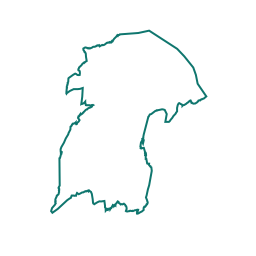 the district of Kongsvinger nor, Hedmark, Norway, rotated 283°
{"feature_id": "86288312B35132489533254", "entity_name": "Kongsvinger nor", "entity_type": "district", "adm_level": 2, "iso_a3": "NOR", "parent_name": "Norway", "parent_adm1": "Hedmark", "projection": "equal_earth", "projection_center": [12.12, 60.19], "detail": "fine", "context": "isolated", "style": "outline", "palette": "teal", "viewbox_px": 256, "rotation_deg": 283, "n_neighbors": 0, "source": "geoboundaries", "source_scale": "gbopen_adm2", "svg_char_len": 5607}
<svg xmlns="http://www.w3.org/2000/svg" viewBox="0 0 256 256"><g transform="rotate(283 128 128)"><path d="M176.4,197.2L186.8,185.9L195.0,182.2L201.6,178.0L210.5,166.7L216.2,158.1L227.6,126.7L222.9,116.7L217.4,99.0L217.0,98.9L216.6,98.4L216.5,97.8L215.4,97.4L215.6,97.1L216.1,96.8L215.8,96.5L214.5,96.1L211.8,94.4L210.6,94.0L210.1,93.6L209.6,93.6L209.7,93.3L209.5,92.9L209.0,92.9L208.8,92.7L208.0,92.9L207.5,92.5L207.4,92.2L207.8,91.8L207.4,91.5L207.1,91.0L207.5,90.6L207.0,90.0L206.8,89.3L206.5,89.2L206.3,88.3L203.8,86.3L203.0,84.9L203.2,84.4L203.1,84.1L202.5,83.5L202.1,82.9L201.1,82.0L201.3,81.7L202.1,81.2L201.8,80.9L201.9,80.2L201.4,79.2L200.7,79.0L200.4,78.1L199.8,77.6L199.5,76.8L199.5,76.4L199.2,75.7L198.0,74.6L197.5,73.7L197.2,73.5L196.8,72.5L196.9,72.1L197.1,71.9L196.6,71.4L196.8,70.8L196.6,70.5L196.9,69.9L196.8,69.3L197.0,68.8L196.8,68.1L195.4,66.6L194.0,67.0L193.3,67.9L192.5,68.3L192.1,68.7L192.2,69.2L191.0,70.1L187.8,71.1L184.0,72.7L183.8,72.5L183.8,72.3L181.6,70.7L181.9,70.4L180.2,69.1L178.6,68.5L178.0,68.1L177.9,67.9L177.1,67.5L176.0,66.7L175.1,66.7L174.3,66.4L173.4,66.5L173.0,66.8L172.9,67.6L172.5,68.2L170.6,68.8L168.8,69.0L168.5,68.3L168.3,66.8L169.0,65.2L169.1,64.3L167.6,62.7L163.3,58.9L162.7,58.8L159.5,59.4L158.5,59.0L157.8,59.4L156.8,59.3L156.7,59.1L155.7,59.3L155.0,59.0L153.3,59.3L153.3,59.5L151.0,59.6L150.6,59.8L149.7,59.8L147.7,60.2L147.6,60.3L148.0,60.4L151.0,63.0L153.7,66.4L154.5,70.1L155.3,72.4L156.8,74.9L148.1,76.4L140.8,77.1L141.4,77.8L141.2,78.0L141.4,78.4L142.1,79.0L142.2,79.4L144.1,80.4L142.2,80.9L142.0,81.3L140.8,81.8L140.9,83.1L141.3,83.8L141.3,84.6L141.5,85.0L141.3,85.3L141.6,86.4L141.5,86.6L141.7,86.8L141.7,87.2L142.1,87.4L142.1,87.7L142.6,88.6L142.5,88.9L141.9,88.2L140.7,88.0L139.9,87.2L139.0,86.0L138.8,85.4L137.6,84.2L137.0,84.1L136.7,83.4L136.1,82.7L134.2,81.7L133.7,81.2L133.0,81.1L132.4,80.4L131.9,80.4L131.5,80.1L130.8,79.1L130.2,78.9L130.2,78.7L130.8,78.4L129.1,77.7L128.7,77.9L128.2,77.7L128.1,77.1L126.6,77.0L124.8,79.0L123.2,78.5L121.7,77.4L120.3,77.2L120.2,77.0L120.0,76.7L121.0,75.5L121.3,75.5L120.7,75.1L120.6,74.7L120.0,74.2L120.0,73.8L119.7,73.5L119.7,73.1L118.6,72.8L118.4,72.6L117.7,72.6L117.0,72.3L116.8,72.0L116.4,71.7L113.5,72.2L109.6,71.2L108.4,71.2L103.8,69.7L99.3,68.9L94.5,67.4L93.0,67.2L92.2,67.1L90.2,67.6L89.7,68.9L88.5,68.9L88.6,68.7L88.5,68.2L87.1,68.6L83.5,68.5L83.1,68.0L56.5,74.4L54.9,73.9L54.3,73.8L54.3,74.1L53.4,74.3L53.4,74.5L53.0,74.8L51.7,74.7L51.5,75.0L50.9,75.0L50.1,75.3L49.7,75.1L48.3,75.3L47.3,75.0L47.1,74.6L46.2,73.9L45.7,73.8L45.3,74.0L44.5,73.7L42.3,73.3L41.4,73.4L40.7,73.9L40.4,73.6L39.5,73.7L39.4,74.0L38.6,74.2L38.4,74.5L37.9,74.4L37.7,74.2L36.9,74.1L32.9,72.0L29.7,71.8L28.4,73.4L33.4,77.8L44.0,85.0L46.5,87.3L47.0,88.0L49.5,88.3L49.7,88.6L49.7,89.7L50.0,90.2L49.9,91.2L50.4,92.0L50.3,92.5L53.0,92.9L52.9,93.1L53.1,93.2L52.7,93.8L52.7,94.8L52.5,95.0L53.5,96.3L54.9,97.8L55.2,98.9L55.8,99.6L56.3,99.9L56.4,100.3L57.0,101.1L56.8,101.5L57.6,102.4L58.1,103.2L57.7,103.2L57.2,103.8L57.6,104.1L57.7,104.4L58.1,104.6L57.4,106.3L55.6,107.6L50.7,109.6L47.1,110.8L46.6,111.3L46.7,111.6L46.2,112.3L48.6,114.7L50.1,116.6L50.4,118.4L51.6,121.4L47.1,123.1L45.6,123.4L44.9,124.2L42.4,124.9L43.5,125.5L43.5,125.9L44.5,125.6L44.6,126.2L44.4,126.5L44.0,126.6L44.2,126.9L44.1,127.0L44.4,127.1L44.5,127.7L45.3,127.8L45.4,128.1L45.3,128.3L45.6,128.6L44.9,128.9L45.6,129.1L46.1,129.7L48.4,130.2L48.9,130.6L49.3,130.6L49.1,131.0L49.3,131.2L48.7,131.3L48.9,131.5L49.7,132.1L49.6,132.3L49.8,132.6L49.5,132.6L49.8,132.8L49.6,133.2L50.8,133.0L51.8,133.5L52.5,133.8L53.0,134.2L53.7,134.2L54.2,134.5L53.8,135.5L52.9,135.9L52.5,137.2L51.8,138.0L52.4,138.9L52.3,139.7L53.1,140.7L52.9,140.8L53.1,141.3L52.6,142.5L51.6,143.1L51.4,143.8L50.3,144.4L48.8,144.9L46.6,144.6L46.4,145.1L46.5,146.2L47.3,147.8L47.6,148.2L47.5,148.4L47.9,148.8L47.9,150.2L48.3,150.9L48.1,151.1L48.2,151.6L49.4,153.2L49.8,154.4L50.5,155.4L50.6,156.3L49.4,156.3L48.4,155.7L47.8,156.1L47.3,155.8L47.0,155.9L46.6,156.0L46.6,156.3L47.1,157.3L48.5,158.7L49.8,160.3L51.7,161.7L53.5,161.2L54.5,161.4L55.2,161.7L55.3,161.9L55.0,162.3L55.2,162.5L56.9,163.2L57.6,163.1L58.0,163.3L58.1,163.8L59.1,164.0L60.2,163.9L60.5,163.5L61.8,162.9L64.4,161.1L66.3,161.3L72.7,161.2L77.0,161.5L91.6,160.8L94.9,159.6L95.1,158.8L95.8,158.5L95.9,157.8L96.1,157.7L96.5,157.0L96.9,156.7L98.0,156.6L97.9,156.0L97.7,155.7L97.6,155.1L97.7,154.7L102.7,152.5L102.0,152.5L101.9,152.2L104.5,151.6L105.4,151.8L106.3,151.5L105.8,150.7L106.6,150.6L107.2,151.0L107.8,150.8L107.6,150.1L108.6,149.9L112.2,147.9L111.9,147.1L111.5,146.4L111.6,146.0L111.0,145.5L111.1,144.8L111.3,144.7L112.6,144.7L113.1,144.4L113.1,144.2L116.8,143.9L118.1,144.3L117.5,144.6L117.5,144.9L117.2,145.1L117.2,145.4L116.3,146.1L119.2,146.1L118.8,145.3L119.9,145.0L120.1,144.7L120.6,145.0L120.9,144.5L121.8,145.2L122.8,144.9L125.2,144.8L143.6,145.3L143.8,145.6L146.1,146.2L146.8,147.5L147.4,148.0L150.9,150.9L151.3,152.0L151.7,152.0L151.9,152.2L151.8,152.6L153.8,156.8L154.0,157.8L153.9,159.7L150.3,162.6L142.4,163.0L143.2,166.5L144.2,167.2L145.4,167.6L147.9,168.9L149.8,169.5L152.9,171.3L153.6,171.3L155.2,172.1L158.6,171.3L161.5,171.3L163.3,171.8L163.7,172.2L163.8,172.5L163.2,173.9L163.1,175.0L162.5,175.6L162.4,176.0L161.9,176.1L162.7,176.6L163.0,177.5L164.6,179.2L165.5,179.8L166.7,181.0L167.4,181.2L168.1,182.1L168.5,182.2L168.9,182.6L168.9,182.9L168.6,183.1L167.8,183.3L167.7,183.8L166.9,184.2L167.1,184.4L166.4,186.1L167.0,188.0L168.7,189.7L169.4,189.9L169.8,190.4L170.6,190.5L171.2,191.6L171.1,192.1L172.5,193.0L172.5,193.5L173.1,194.1L173.7,195.2L176.4,197.2Z" fill="none" stroke="#0f766e" stroke-width="2"/></g></svg>